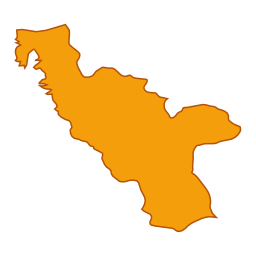 the border of Halland
{"feature_id": "SWE-187", "entity_name": "Halland", "entity_type": "County", "adm_level": 1, "iso_a3": "SWE", "parent_name": "Sweden", "parent_adm1": "", "projection": "natural_earth1", "projection_center": [12.697, 56.977], "detail": "fine", "context": "isolated", "style": "filled", "palette": "amber", "viewbox_px": 256, "rotation_deg": 0, "n_neighbors": 0, "source": "natural_earth", "source_scale": "10m", "svg_char_len": 3538}
<svg xmlns="http://www.w3.org/2000/svg" viewBox="0 0 256 256"><path d="M141.8,209.2L143.0,207.5L144.6,204.0L145.3,200.6L144.7,197.4L140.9,190.0L138.6,182.8L136.8,180.8L133.1,180.1L130.1,180.3L125.0,181.7L123.1,181.8L121.1,181.7L119.2,181.2L112.7,176.0L111.5,173.9L110.7,170.3L108.8,168.6L106.6,167.1L104.6,164.5L101.9,158.4L102.7,154.9L102.4,153.1L94.3,149.0L93.8,148.4L93.7,147.8L93.7,147.2L93.4,146.8L92.6,146.4L90.6,146.0L89.9,145.6L87.5,142.5L86.2,141.6L82.2,140.9L79.0,139.4L74.3,138.3L72.0,136.4L70.6,133.6L70.2,130.1L70.5,129.3L71.6,127.9L71.9,127.4L71.7,126.4L71.2,124.8L71.1,124.0L70.8,123.1L70.1,121.8L69.1,120.7L65.2,119.4L61.3,117.2L58.3,114.3L58.1,111.3L57.2,111.0L54.7,109.1L57.1,106.6L56.6,104.5L53.0,100.2L52.6,98.9L52.2,95.7L52.1,94.2L51.4,94.2L47.5,94.4L46.1,93.7L50.0,91.1L51.4,89.8L50.0,89.2L47.2,89.1L44.7,88.6L42.5,87.6L40.1,85.9L43.6,85.9L45.3,85.5L47.0,84.9L45.2,84.1L43.4,83.7L39.3,83.7L39.3,82.6L40.6,81.6L41.5,80.5L42.4,79.6L45.3,78.9L45.9,78.0L45.9,76.9L45.3,75.9L45.5,74.0L44.6,72.5L43.2,71.3L41.9,70.4L41.5,70.0L41.2,69.2L40.6,68.5L39.7,68.1L38.7,68.4L36.7,69.2L35.9,69.2L33.7,67.4L35.4,65.4L38.7,63.1L41.1,60.4L35.0,60.4L37.8,59.2L39.0,57.7L38.7,55.8L34.9,50.0L34.2,49.4L33.0,49.6L32.1,50.3L31.3,51.2L30.4,51.6L28.3,54.0L26.6,65.0L24.8,68.1L24.0,65.3L21.2,65.8L19.1,65.8L20.6,61.5L19.1,61.6L17.8,61.6L16.5,61.2L15.4,60.4L16.9,59.0L16.7,56.8L15.8,54.3L15.4,51.6L15.9,49.0L17.0,47.2L18.7,46.0L20.6,45.0L18.5,43.7L16.3,42.8L17.1,42.6L18.9,41.6L16.3,39.9L15.5,39.5L17.3,37.0L16.7,30.0L22.1,29.5L36.3,31.7L45.8,30.4L65.4,24.6L69.1,29.9L69.4,32.0L69.4,35.0L69.1,37.7L68.9,42.3L69.0,43.1L69.1,43.5L69.7,44.9L72.7,47.6L76.5,50.5L78.4,52.3L79.6,53.7L79.8,55.0L79.6,56.4L79.0,58.1L77.2,61.1L76.7,62.2L77.0,64.3L77.9,67.0L81.9,74.7L83.4,76.4L84.8,77.1L88.1,77.2L90.0,76.8L92.0,76.0L93.4,74.8L94.6,73.3L95.5,72.0L96.5,71.1L102.0,67.5L103.4,67.3L108.1,68.1L112.0,68.1L113.7,68.6L115.5,69.9L121.2,75.2L124.0,76.3L125.8,76.3L129.1,75.3L130.2,75.3L131.1,75.8L132.1,76.8L133.5,77.6L135.8,78.2L145.8,79.3L146.7,79.5L147.1,80.0L147.1,80.9L146.9,81.9L146.5,82.9L144.1,86.5L143.9,88.2L145.0,90.4L147.0,91.9L150.5,92.6L155.2,92.9L156.3,93.5L157.4,94.9L158.7,96.2L159.8,97.0L167.5,98.7L165.4,100.5L164.8,101.7L164.2,104.0L164.1,106.3L164.6,108.6L165.6,110.6L168.2,113.9L170.2,117.4L170.8,117.8L171.9,118.0L173.4,117.5L174.5,116.7L175.5,115.9L177.5,113.4L178.6,112.5L181.0,111.3L181.8,110.8L182.2,110.1L182.7,109.3L182.9,108.4L183.6,107.8L184.6,107.5L186.8,107.5L202.4,104.6L204.7,104.7L206.5,105.0L210.0,106.0L214.1,106.6L215.1,107.0L216.2,107.6L217.8,108.9L222.5,110.3L225.2,111.6L227.3,113.2L228.4,115.6L228.4,117.6L228.5,119.2L229.1,120.6L233.3,123.9L240.1,126.8L240.6,129.8L240.0,131.7L238.0,134.7L235.6,136.9L233.5,138.2L231.1,139.2L220.7,141.3L215.8,143.3L214.0,143.6L205.6,143.7L203.6,143.9L199.3,145.2L197.2,145.5L196.5,145.9L195.8,146.8L194.2,149.3L193.4,151.3L193.0,153.6L193.2,158.2L192.6,166.2L192.8,168.7L192.8,170.0L192.5,171.0L191.8,172.4L192.1,173.0L195.1,175.1L197.4,177.4L205.8,188.4L208.2,192.3L209.6,195.5L210.5,200.5L210.5,202.7L210.4,204.3L210.1,205.1L210.0,206.4L210.2,207.7L210.6,209.3L212.6,213.6L216.3,217.4L210.1,216.7L206.1,217.2L202.4,218.2L193.4,222.2L190.4,224.0L187.7,226.0L185.5,228.3L182.2,230.6L179.3,231.4L177.4,231.2L175.8,230.4L174.4,229.3L172.6,228.3L155.1,226.0L151.2,225.0L150.4,224.4L150.0,223.3L150.0,222.0L150.5,220.5L151.2,219.0L151.6,217.9L151.5,216.9L151.2,215.7L150.6,214.9L150.0,214.2L144.2,211.3L141.8,209.2L141.8,209.2Z" fill="#f59e0b" stroke="#b45309" stroke-width="1.5"/></svg>